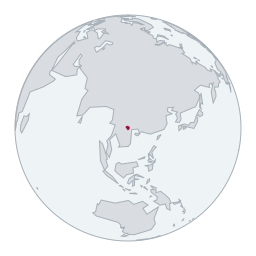 Xiangkhoang highlighted on a globe, orthographic projection, rotated 34°
{"feature_id": "LAO-3286", "entity_name": "Xiangkhoang", "entity_type": "Province", "adm_level": 1, "iso_a3": "LAO", "parent_name": "Laos", "parent_adm1": "", "projection": "orthographic", "projection_center": [103.697, 19.42], "detail": "fine", "context": "on_globe", "style": "filled", "palette": "rose", "viewbox_px": 256, "rotation_deg": 34, "n_neighbors": 0, "source": "natural_earth", "source_scale": "10m", "svg_char_len": 10613}
<svg xmlns="http://www.w3.org/2000/svg" viewBox="0 0 256 256"><g transform="rotate(34 128 128)"><circle cx="128" cy="128" r="113" fill="#eef3f6" stroke="#a8b0b8"/><path d="M233.2,165.9L233.0,166.6L232.9,166.8L233.2,165.9ZM179.0,27.6L178.3,27.2L179.8,29.2L183.9,32.0L180.1,30.0L190.4,37.1L193.5,41.0L187.7,35.3L185.4,33.9L186.4,35.8L184.2,34.8L183.4,35.2L180.7,34.0L177.6,31.1L175.8,30.4L176.6,31.8L174.4,31.7L173.5,29.6L169.5,29.4L163.5,25.3L163.2,22.2L157.6,20.1L151.3,17.8L149.6,17.5L147.9,17.1L155.9,18.9L163.8,21.2L171.5,24.1L179.0,27.6ZM140.8,16.1L141.2,16.1L140.5,16.1L138.7,15.9L138.0,15.8L138.5,15.9L140.8,16.1ZM231.8,84.3L231.7,84.2L231.5,83.6L231.8,84.3ZM187.3,34.4L186.5,33.4L188.1,34.7L187.3,34.4ZM183.8,35.5L184.7,36.2L183.9,36.2L183.8,35.5ZM179.1,34.3L177.5,34.3L178.6,33.8L179.1,34.3ZM176.3,33.9L172.6,34.1L174.3,35.5L167.3,32.0L172.8,32.8L173.8,31.9L174.5,33.1L176.3,33.9ZM142.5,16.3L143.8,16.5L142.3,16.3L141.6,16.2L142.5,16.3ZM144.1,16.5L152.8,18.2L153.3,18.5L150.3,17.8L152.3,18.6L148.3,17.9L146.3,17.3L146.7,17.2L144.8,17.0L144.1,16.5ZM164.0,30.3L162.6,30.0L163.5,29.7L164.0,30.3ZM140.4,16.1L142.1,16.3L142.7,16.6L139.3,16.2L140.2,16.2L140.4,16.1ZM154.9,19.2L154.7,19.5L151.4,19.0L150.9,19.0L148.3,17.9L154.9,19.2ZM139.2,16.1L137.6,16.1L135.7,15.9L138.7,16.0L139.2,16.1ZM144.2,16.8L144.3,17.0L143.2,16.8L144.2,16.8ZM128.0,15.4L130.0,15.5L130.5,15.6L128.0,15.4ZM137.2,16.1L137.8,16.2L138.3,16.3L136.9,16.3L137.2,16.1ZM146.1,17.7L144.7,17.5L147.0,18.1L144.6,17.9L143.3,17.3L142.9,17.5L142.1,17.4L141.9,17.0L146.1,17.7ZM136.7,16.6L134.2,16.0L130.3,15.8L129.8,15.7L136.2,16.1L136.7,16.6ZM139.8,16.8L137.8,16.6L138.1,16.5L139.7,16.5L139.8,16.8ZM143.5,18.1L147.5,18.5L143.5,18.1ZM135.5,16.6L136.2,16.7L135.2,16.6L135.5,16.6ZM140.9,17.6L142.3,17.7L142.5,17.9L140.9,17.6ZM136.3,17.1L135.5,16.8L136.5,16.8L136.3,17.1ZM138.4,17.3L138.2,17.5L137.4,16.9L139.0,17.3L138.4,17.3ZM140.8,17.7L141.4,17.9L140.2,17.7L140.8,17.7ZM132.7,17.5L131.4,16.8L133.8,16.6L134.7,17.3L132.7,17.5ZM39.2,58.7L38.7,61.4L38.0,62.9L34.5,67.1L31.1,77.5L34.3,74.7L34.7,81.9L37.3,84.4L44.5,76.1L40.3,71.8L43.1,66.7L49.3,66.3L53.5,70.7L54.7,68.9L55.0,62.9L59.0,60.9L55.4,60.6L54.6,62.9L52.4,63.0L53.0,60.9L54.4,60.2L54.0,58.4L47.5,62.8L46.0,65.6L43.1,63.8L40.3,68.4L38.4,69.6L42.5,62.2L44.4,60.1L49.4,51.7L47.1,53.6L42.2,61.9L42.4,60.7L39.3,63.9L41.8,60.5L47.8,51.5L47.1,50.4L41.5,55.9L51.1,45.7L49.8,47.2L52.4,44.9L57.4,40.5L56.2,41.7L58.0,40.4L57.5,41.3L61.2,39.5L61.4,40.4L67.1,37.0L67.9,37.1L64.3,39.0L61.9,41.0L62.8,43.9L64.3,43.6L67.9,41.3L67.7,42.6L71.1,40.0L73.8,40.9L73.4,37.8L77.7,35.5L81.6,34.8L82.9,33.6L76.6,34.8L74.1,35.9L72.0,37.6L65.2,40.6L64.0,40.3L70.9,35.4L69.9,34.6L75.7,31.6L89.3,29.5L92.8,30.5L89.6,36.5L86.4,37.3L85.9,35.4L82.4,39.2L84.6,37.9L84.4,39.1L88.5,37.7L88.5,38.6L92.3,35.9L92.8,36.8L90.4,38.5L96.9,37.6L99.2,39.3L100.6,38.8L101.5,37.7L103.8,40.9L104.7,40.3L104.3,39.1L106.0,37.3L109.7,35.5L110.3,36.7L109.1,37.5L107.3,41.2L103.7,43.4L104.4,43.8L107.6,42.1L109.8,37.5L111.9,36.2L111.3,38.2L111.7,37.3L112.9,37.1L114.7,38.0L115.5,35.8L128.3,32.2L133.0,34.0L131.1,36.0L140.6,35.8L145.2,38.6L144.8,37.3L149.1,36.9L147.7,35.9L147.9,35.3L158.4,34.6L161.3,35.7L165.4,34.6L165.2,34.0L163.2,33.1L167.3,32.0L174.3,35.5L174.4,36.5L178.7,38.3L178.3,40.6L179.9,43.6L176.9,45.6L178.5,48.0L180.0,48.5L183.2,52.4L184.7,59.6L176.8,51.7L173.3,42.2L174.1,45.7L172.0,44.4L171.0,45.5L171.8,48.2L173.1,48.8L164.1,52.0L161.9,59.7L166.9,59.5L170.2,62.2L172.1,72.5L163.0,86.4L167.2,91.4L167.5,94.6L164.0,96.5L163.4,91.8L159.8,89.9L160.0,87.2L154.2,89.1L154.2,85.3L149.6,89.0L151.5,92.1L156.6,91.6L152.6,96.8L158.0,102.5L158.6,109.1L149.9,120.6L140.9,123.8L140.4,125.9L136.8,123.4L132.0,127.3L138.8,139.6L138.6,143.0L130.8,149.1L130.7,146.6L121.1,139.7L119.3,147.8L126.6,155.0L129.0,163.0L123.5,160.3L120.9,153.2L117.6,150.5L118.5,143.5L115.7,132.7L110.1,134.2L110.6,129.9L105.9,120.6L97.8,122.4L85.0,132.0L83.2,142.6L78.8,146.6L73.6,129.9L73.9,119.2L70.3,119.4L66.3,109.3L54.6,105.2L54.4,102.2L51.9,102.6L49.3,98.7L49.6,93.9L47.4,93.2L47.0,105.9L49.6,106.7L53.8,103.5L53.1,107.7L55.8,112.6L47.5,120.3L32.6,122.9L33.6,114.7L35.2,89.8L36.5,87.8L36.6,87.5L36.8,87.0L34.4,90.2L35.5,85.6L32.0,101.9L30.3,108.4L32.4,123.3L31.6,124.2L33.0,127.7L40.5,128.1L40.0,130.7L34.9,141.1L26.7,152.7L29.2,164.4L31.1,173.5L29.1,176.6L32.5,184.1L32.0,185.0L34.1,189.0L35.5,192.0L36.2,193.3L31.8,186.6L27.9,179.7L24.5,172.4L21.6,164.9L19.2,157.3L17.4,149.4L16.2,141.5L15.5,133.5L15.4,125.5L15.8,117.5L16.9,109.6L18.5,101.7L20.6,94.0L23.3,86.4L26.5,79.1L30.3,72.0L34.5,65.2L39.2,58.7ZM55.3,80.4L59.5,83.0L62.0,76.4L63.8,76.9L64.0,74.6L62.2,75.9L63.3,69.8L66.7,69.3L68.4,66.7L67.1,65.8L60.7,67.9L59.1,76.4L56.2,78.2L55.3,80.4ZM68.0,33.1L66.4,34.3L64.4,35.4L64.2,35.2L67.1,33.4L68.0,33.1ZM64.5,35.8L71.4,31.4L71.8,31.7L70.5,32.2L70.0,32.8L67.7,33.9L61.3,38.7L59.2,40.1L60.0,38.4L60.9,38.1L62.4,36.8L64.5,35.8ZM88.4,22.8L91.4,21.7L88.3,23.5L85.9,24.4L85.5,24.0L88.2,22.8L88.4,22.8ZM133.6,15.5L136.1,15.7L136.3,15.7L134.7,15.7L133.2,15.7L133.6,15.6L131.3,15.6L130.7,15.4L128.9,15.4L124.0,15.4L133.6,15.5ZM111.4,16.6L113.5,16.3L114.2,16.3L112.2,16.5L115.6,16.1L119.4,16.2L124.3,16.0L125.8,16.1L123.9,16.3L126.8,16.3L124.2,16.8L125.2,17.0L123.7,17.8L119.4,18.3L120.9,18.5L119.8,19.3L116.3,19.9L117.3,19.1L112.7,20.5L112.0,19.8L111.5,20.0L109.7,19.8L106.5,20.0L106.8,19.6L105.4,19.9L104.2,19.9L102.5,20.2L102.2,19.7L100.1,20.1L101.2,19.7L97.6,20.6L100.2,19.8L98.8,19.9L97.0,20.6L99.9,18.9L111.4,16.6ZM132.2,17.7L127.2,18.1L124.4,18.0L128.2,16.7L127.6,16.4L130.0,15.9L134.0,16.2L133.0,16.3L132.9,16.4L131.7,16.3L132.6,16.6L131.2,16.8L131.5,17.1L129.8,17.1L132.2,17.7ZM39.4,61.8L39.3,62.6L39.6,63.2L37.6,65.4L39.4,61.8ZM43.3,55.6L43.5,55.8L40.9,58.9L41.0,58.2L43.3,55.6ZM45.9,53.5L43.7,55.6L45.0,54.1L45.9,53.5ZM64.7,39.1L65.2,39.3L64.4,40.0L63.1,40.6L64.7,39.1ZM102.3,25.1L103.4,24.3L104.1,24.3L107.8,23.1L108.6,23.7L106.6,24.7L102.3,25.1ZM42.5,76.9L40.5,77.9L40.6,76.7L41.3,76.5L42.5,76.9ZM37.9,71.3L37.9,73.7L37.4,71.9L37.9,71.3ZM103.8,25.6L105.2,24.9L104.7,25.7L103.8,25.6ZM109.3,24.2L109.1,24.9L109.1,23.7L109.3,24.2ZM85.5,228.1L87.9,229.2L86.3,228.9L85.5,228.1ZM40.9,177.5L42.7,191.5L39.9,190.0L37.2,185.0L35.0,176.1L37.6,175.0L38.3,171.4L40.9,177.5ZM157.3,181.3L160.6,181.7L160.4,182.1L157.3,181.3ZM153.8,179.7L157.6,179.8L153.1,180.7L153.8,179.7ZM159.1,179.8L163.0,178.8L164.7,178.0L164.4,179.0L159.1,179.8ZM151.2,179.7L136.9,179.3L131.3,177.8L132.6,176.1L141.8,176.9L151.2,179.7ZM132.1,176.1L123.5,170.6L111.6,154.7L115.9,155.4L128.3,165.3L127.5,166.8L132.7,171.0L132.1,176.1ZM153.1,167.3L152.2,171.9L144.4,171.4L140.8,170.6L138.3,164.5L139.7,161.5L142.6,161.7L154.0,151.3L157.9,153.9L154.5,158.3L157.7,162.4L153.1,167.3ZM83.7,143.7L86.0,150.5L83.6,151.2L83.7,143.7ZM158.5,143.9L154.0,148.6L158.1,142.4L158.5,143.9ZM160.9,138.1L161.2,140.4L159.3,138.2L160.9,138.1ZM140.3,129.2L137.2,129.7L137.1,128.0L141.1,126.4L140.3,129.2ZM159.1,114.8L159.2,119.8L158.6,121.5L157.2,118.5L159.1,114.8ZM112.4,32.1L106.4,32.9L102.5,34.3L101.2,36.3L100.5,34.0L106.4,31.8L112.4,32.1ZM126.2,31.9L127.4,30.5L128.6,31.1L128.5,31.6L126.2,31.9ZM125.7,31.1L123.9,29.4L125.7,28.6L126.8,30.1L125.7,31.1ZM113.6,26.9L111.8,27.0L112.2,26.4L113.6,26.9ZM207.1,208.0L204.0,211.1L200.1,214.5L197.4,216.5L207.1,208.0ZM183.0,221.3L184.1,218.7L187.8,217.7L185.3,220.3L183.0,221.3ZM209.0,206.3L207.8,207.5L209.7,205.4L212.6,202.2L214.9,199.0L213.1,201.6L213.9,200.9L209.0,206.3ZM172.5,211.8L150.8,218.7L146.3,218.1L148.0,215.6L144.9,207.9L146.5,208.1L146.1,202.7L159.3,197.5L168.9,187.8L175.6,188.0L181.0,180.7L187.7,180.6L185.3,186.2L191.9,189.0L197.4,176.3L200.2,188.5L204.2,192.1L204.0,199.3L192.7,213.1L187.2,216.3L186.7,215.4L184.3,217.0L181.3,217.0L180.7,213.5L178.3,214.9L181.0,211.7L177.4,214.7L176.3,212.4L172.5,211.8ZM219.9,181.9L220.6,182.0L221.3,183.6L220.2,183.7L219.9,181.9ZM231.3,169.6L231.3,170.4L230.7,171.1L231.3,169.6ZM232.9,166.8L232.2,167.8L233.2,165.9L232.9,166.8ZM225.0,173.1L225.2,173.8L224.9,174.2L225.0,173.1ZM224.7,173.0L225.3,171.6L225.1,172.9L224.7,173.0ZM221.8,167.4L222.4,166.6L222.5,167.1L221.8,167.4ZM165.5,181.6L170.2,177.9L172.7,177.5L165.5,181.6ZM221.2,166.2L220.0,166.5L220.2,165.7L221.2,166.2ZM221.4,164.6L221.3,163.6L222.0,165.7L221.4,164.6ZM219.1,163.0L220.6,164.4L218.9,163.3L219.1,163.0ZM218.2,163.5L217.1,163.0L217.2,162.7L218.2,163.5ZM204.7,167.5L209.0,172.6L205.3,173.1L201.3,170.1L197.8,174.0L190.2,174.3L192.0,172.0L191.1,168.8L183.0,168.2L181.3,166.2L184.3,164.5L178.8,163.2L184.8,161.8L187.2,166.0L190.5,162.3L196.2,162.6L201.6,163.4L205.7,166.1L204.7,167.5ZM184.7,171.5L185.7,171.4L184.8,172.8L184.7,171.5ZM215.0,161.1L216.6,162.8L216.4,163.4L215.5,163.3L215.0,161.1ZM206.7,165.2L211.3,160.8L212.3,160.7L209.3,165.3L206.7,165.2ZM210.2,158.6L212.3,158.8L213.3,160.6L212.9,161.2L210.2,158.6ZM172.5,168.1L172.2,169.4L170.7,168.5L172.5,168.1ZM174.5,167.3L179.3,168.4L174.1,168.4L174.5,167.3ZM160.0,163.5L161.4,166.4L165.9,164.4L162.4,167.2L165.4,171.9L164.4,173.7L161.4,168.6L160.3,173.9L158.3,173.9L157.3,169.3L159.3,163.7L161.3,161.3L169.3,160.2L160.0,163.5ZM174.5,163.8L173.3,160.4L174.2,158.1L175.6,159.8L174.5,163.8ZM169.4,152.3L166.0,148.4L162.9,150.0L169.1,144.3L171.4,148.9L169.4,152.3ZM166.4,143.6L163.6,145.0L166.5,141.7L166.4,143.6ZM162.8,143.7L162.4,140.9L164.7,141.3L162.8,143.7ZM167.9,143.7L168.4,139.0L169.6,141.7L167.9,143.7ZM161.3,134.7L166.3,139.2L159.8,137.3L159.3,128.2L162.0,128.0L161.3,134.7ZM174.4,98.1L173.6,95.6L175.9,95.0L175.8,96.8L174.4,98.1ZM182.9,91.5L176.3,94.0L170.9,96.4L172.7,97.5L171.8,101.8L168.8,97.9L172.4,93.1L176.6,92.1L176.8,88.6L179.7,86.2L178.5,81.9L179.7,80.0L182.0,83.7L182.9,91.5ZM177.8,80.1L176.9,72.8L181.5,73.7L182.7,75.5L181.2,78.4L178.9,77.7L177.8,80.1ZM178.0,71.3L175.7,70.7L169.4,60.5L169.3,58.6L176.5,66.4L174.7,66.3L175.4,68.8L178.0,71.3ZM163.2,30.6L162.7,30.1L163.9,30.6L163.2,30.6ZM147.0,34.9L147.4,34.1L148.9,34.6L147.0,34.9ZM149.4,32.4L147.4,32.4L149.2,31.9L149.4,32.4ZM143.2,32.5L146.6,32.1L143.7,33.2L143.2,32.5Z" fill="#d9dde1" stroke="#a8b0b8" stroke-width="1"/><path d="M128.9,127.5L128.7,127.5L128.7,127.8L128.7,128.0L128.4,128.1L128.4,128.3L128.5,128.3L128.8,128.5L129.0,128.6L129.0,128.8L128.9,129.0L128.7,129.2L128.4,129.1L128.4,128.9L128.2,128.7L127.9,128.7L127.7,128.6L127.4,128.6L127.2,128.6L126.9,128.5L126.6,128.4L126.4,128.4L126.2,128.2L126.1,127.9L126.2,127.7L126.3,127.6L126.5,127.5L126.5,127.4L126.6,127.2L126.8,127.1L127.0,127.0L127.3,127.0L127.5,127.1L127.8,127.0L128.0,127.0L128.0,126.9L128.3,126.9L128.4,127.0L128.4,127.3L128.5,127.3L128.6,127.2L128.8,127.2L128.9,127.3L128.9,127.5L128.9,127.5Z" fill="#f43f5e" stroke="#9f1239" stroke-width="1.5"/></g></svg>